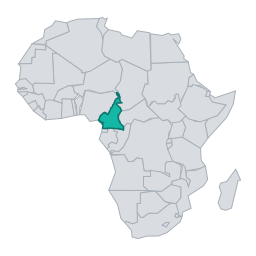 Cameroon on a map of Africa (Albers equal-area conic projection)
{"feature_id": "CMR", "entity_name": "Cameroon", "entity_type": "country or territory", "adm_level": 0, "iso_a3": "CMR", "parent_name": "Africa", "parent_adm1": "", "projection": "albers", "projection_center": [12.994, 7.377], "detail": "fine", "context": "in_parent", "style": "filled", "palette": "teal", "viewbox_px": 256, "rotation_deg": 0, "n_neighbors": 49, "source": "natural_earth", "source_scale": "50m", "svg_char_len": 13331}
<svg xmlns="http://www.w3.org/2000/svg" viewBox="0 0 256 256"><path d="M182.3,137.1L200.5,148.3L201.2,160.4L205.4,166.0L202.8,167.9L186.1,170.8L183.0,164.3L172.8,161.4L168.8,155.7L167.6,149.3L172.2,145.4L170.8,138.2L182.3,137.1Z" fill="#d9dde1" stroke="#a8b0b8" stroke-width="1"/><path d="M45.8,45.3L45.6,50.0L35.4,49.3L35.1,57.3L32.1,57.4L31.6,63.6L18.5,63.9L32.2,43.7L45.8,45.3Z" fill="#d9dde1" stroke="#a8b0b8" stroke-width="1"/><path d="M167.6,149.3L172.8,161.4L166.1,162.2L165.2,172.5L169.5,173.5L169.9,176.9L161.1,172.1L144.1,170.9L142.4,158.9L136.9,157.9L133.4,161.3L128.2,161.6L124.3,154.6L110.4,154.4L115.1,150.3L118.4,151.8L123.2,147.1L128.5,137.0L131.3,121.8L134.3,119.0L143.9,122.1L154.4,117.8L160.1,117.7L163.6,120.7L167.8,119.6L172.9,127.2L168.8,132.7L167.6,149.3Z" fill="#d9dde1" stroke="#a8b0b8" stroke-width="1"/><path d="M207.9,138.1L205.0,123.7L208.4,118.7L217.5,115.5L225.9,105.0L212.4,102.1L208.4,97.8L210.1,94.7L215.1,97.8L235.5,90.9L233.3,104.1L226.7,117.4L207.9,138.1Z" fill="#d9dde1" stroke="#a8b0b8" stroke-width="1"/><path d="M200.5,148.3L182.3,137.1L185.6,127.6L181.9,120.1L185.9,115.8L195.4,121.6L207.6,119.8L205.0,123.7L207.9,138.1L200.5,148.3Z" fill="#d9dde1" stroke="#a8b0b8" stroke-width="1"/><path d="M150.7,108.2L148.2,106.8L147.0,105.9L147.2,102.1L141.8,94.0L145.1,83.9L147.9,84.0L147.4,69.8L151.0,69.7L150.9,63.3L188.1,61.8L190.6,72.6L193.7,74.4L188.9,78.0L187.7,89.2L181.7,99.1L181.1,105.5L176.6,94.0L172.4,102.2L168.0,100.8L164.8,103.9L157.6,103.9L152.1,101.4L148.4,106.9L150.7,108.2Z" fill="#d9dde1" stroke="#a8b0b8" stroke-width="1"/><path d="M147.4,71.2L147.9,84.0L145.1,83.9L141.8,94.0L144.9,98.7L129.3,109.7L120.6,111.3L116.2,104.3L121.1,102.8L118.3,91.9L114.9,88.5L120.3,81.1L122.3,69.0L119.0,61.1L122.1,59.4L147.4,71.2Z" fill="#d9dde1" stroke="#a8b0b8" stroke-width="1"/><path d="M124.8,222.5L126.5,221.2L132.3,223.7L137.3,222.1L137.1,211.8L140.7,217.5L143.2,217.2L149.0,213.0L157.2,213.4L169.9,203.3L176.0,203.6L178.9,209.5L178.7,213.7L175.9,213.5L174.8,216.3L176.9,217.7L182.3,216.0L180.3,221.6L166.8,232.7L158.3,236.0L146.9,236.1L138.1,238.6L132.1,237.0L131.5,230.7L124.8,222.5ZM169.1,222.6L165.9,222.4L162.2,225.3L166.2,226.9L169.1,222.6Z" fill="#d9dde1" stroke="#a8b0b8" stroke-width="1"/><path d="M169.1,222.6L166.2,226.9L162.2,225.3L165.9,222.4L169.1,222.6Z" fill="#d9dde1" stroke="#a8b0b8" stroke-width="1"/><path d="M176.0,203.6L165.0,201.8L155.2,191.0L161.3,191.4L172.1,183.7L181.0,187.0L180.9,197.7L176.0,203.6Z" fill="#d9dde1" stroke="#a8b0b8" stroke-width="1"/><path d="M169.9,203.3L157.2,213.4L149.0,213.0L143.2,217.2L140.7,217.5L137.1,211.8L137.0,203.5L140.4,203.3L140.3,192.9L155.2,191.0L165.0,201.8L169.9,203.3Z" fill="#d9dde1" stroke="#a8b0b8" stroke-width="1"/><path d="M137.0,203.5L137.3,222.1L132.3,223.7L126.5,221.2L124.8,222.5L120.9,218.5L117.5,204.4L108.8,190.3L154.5,190.5L140.3,192.9L140.4,203.3L137.0,203.5Z" fill="#d9dde1" stroke="#a8b0b8" stroke-width="1"/><path d="M18.0,87.9L15.4,84.0L20.5,78.7L25.5,78.5L32.7,85.4L34.4,92.6L17.9,91.8L17.5,89.3L27.2,88.7L18.0,87.9Z" fill="#d9dde1" stroke="#a8b0b8" stroke-width="1"/><path d="M34.4,92.6L32.7,85.4L34.5,83.0L54.0,83.6L52.4,53.2L57.2,53.3L82.0,70.9L82.0,72.9L85.5,72.7L83.3,84.3L68.2,85.8L58.7,90.4L53.8,100.4L45.3,100.5L42.1,93.5L38.7,94.8L34.4,92.6Z" fill="#d9dde1" stroke="#a8b0b8" stroke-width="1"/><path d="M18.5,63.9L31.6,63.6L32.1,57.4L35.1,57.3L35.4,49.3L45.6,50.0L45.8,45.3L57.2,53.3L52.4,53.2L54.0,83.6L34.5,83.0L32.7,85.4L25.5,78.5L19.4,79.6L20.8,66.9L18.5,63.9Z" fill="#d9dde1" stroke="#a8b0b8" stroke-width="1"/><path d="M79.6,114.7L76.9,115.1L76.5,105.2L73.7,100.7L80.5,95.1L83.5,100.1L79.8,107.3L79.6,114.7Z" fill="#d9dde1" stroke="#a8b0b8" stroke-width="1"/><path d="M119.0,61.1L122.3,69.0L120.3,81.1L114.9,88.5L118.3,91.9L116.9,94.7L113.4,91.0L100.4,93.5L89.0,89.9L84.7,90.9L82.9,97.0L74.7,92.9L72.8,86.1L83.3,84.3L85.5,72.7L110.0,59.2L116.7,62.3L119.0,61.1Z" fill="#d9dde1" stroke="#a8b0b8" stroke-width="1"/><path d="M79.6,114.7L85.5,90.3L100.4,93.5L113.4,91.0L118.2,96.0L109.1,112.7L100.9,114.5L98.4,119.9L89.9,121.5L84.9,114.8L79.6,114.7Z" fill="#d9dde1" stroke="#a8b0b8" stroke-width="1"/><path d="M74.2,99.0L76.9,115.1L74.2,115.7L71.1,99.9L74.2,99.0Z" fill="#d9dde1" stroke="#a8b0b8" stroke-width="1"/><path d="M71.3,98.9L74.2,115.7L61.4,118.4L61.8,98.7L71.3,98.9Z" fill="#d9dde1" stroke="#a8b0b8" stroke-width="1"/><path d="M45.3,100.5L51.2,99.8L62.0,103.1L61.4,118.4L45.4,119.8L46.1,115.4L42.8,112.7L45.3,100.5Z" fill="#d9dde1" stroke="#a8b0b8" stroke-width="1"/><path d="M27.5,91.8L38.7,94.8L42.1,93.5L45.3,100.5L44.1,108.8L41.0,109.9L39.4,105.7L37.0,106.2L35.3,100.6L28.2,103.9L22.6,96.5L27.5,91.8Z" fill="#d9dde1" stroke="#a8b0b8" stroke-width="1"/><path d="M17.9,91.8L27.5,91.8L27.2,94.3L22.6,96.5L17.9,91.8Z" fill="#d9dde1" stroke="#a8b0b8" stroke-width="1"/><path d="M43.6,108.8L42.8,112.7L46.1,115.4L45.4,119.8L33.7,111.2L37.9,106.1L41.0,109.9L43.6,108.8Z" fill="#d9dde1" stroke="#a8b0b8" stroke-width="1"/><path d="M28.2,103.9L35.3,100.6L37.9,106.1L33.7,111.2L28.2,103.9Z" fill="#d9dde1" stroke="#a8b0b8" stroke-width="1"/><path d="M53.8,100.4L57.8,91.1L68.2,85.8L72.8,86.1L74.7,92.9L78.4,93.8L74.2,99.0L61.8,98.7L62.0,103.1L53.8,100.4Z" fill="#d9dde1" stroke="#a8b0b8" stroke-width="1"/><path d="M160.1,117.7L150.4,118.4L143.9,122.1L134.3,119.0L131.0,124.1L126.7,123.4L123.1,128.2L117.9,117.8L120.6,111.3L129.3,109.7L144.9,98.7L147.0,105.9L160.1,117.7Z" fill="#d9dde1" stroke="#a8b0b8" stroke-width="1"/><path d="M131.0,124.1L128.5,137.0L123.2,147.1L118.4,151.8L111.9,150.1L109.5,152.0L106.8,148.6L109.3,146.8L108.1,144.6L111.7,142.0L116.4,143.7L117.9,140.0L115.9,135.5L117.4,131.7L114.1,131.4L113.4,128.2L122.8,130.0L126.7,123.4L131.0,124.1Z" fill="#d9dde1" stroke="#a8b0b8" stroke-width="1"/><path d="M107.5,128.2L113.0,128.1L114.1,131.4L117.4,131.7L115.9,135.5L117.9,140.0L116.4,143.7L111.7,142.0L108.1,144.6L109.3,146.8L106.8,148.6L99.2,139.2L101.6,132.3L107.5,132.2L107.5,128.2Z" fill="#d9dde1" stroke="#a8b0b8" stroke-width="1"/><path d="M102.1,128.1L107.5,128.2L107.5,132.2L101.6,132.3L102.1,128.1Z" fill="#d9dde1" stroke="#a8b0b8" stroke-width="1"/><path d="M172.8,161.4L181.4,165.2L180.1,177.9L181.9,178.6L171.7,181.5L172.1,183.7L161.3,191.4L148.2,190.5L143.5,186.3L143.5,176.5L150.6,176.4L150.0,170.2L161.1,172.1L169.9,176.9L169.5,173.5L165.2,172.5L165.2,164.2L167.0,161.8L172.8,161.4Z" fill="#d9dde1" stroke="#a8b0b8" stroke-width="1"/><path d="M179.7,163.9L185.0,166.6L186.4,177.2L190.4,180.1L188.5,186.9L186.2,180.4L180.1,177.9L182.3,167.8L179.7,163.9Z" fill="#d9dde1" stroke="#a8b0b8" stroke-width="1"/><path d="M186.1,170.8L196.0,170.4L205.4,166.0L207.7,179.4L203.6,185.8L188.1,195.8L191.1,208.2L182.7,212.1L182.3,216.0L179.6,216.1L176.0,203.6L180.9,197.7L181.0,187.0L172.4,184.8L171.7,181.5L181.9,178.6L186.2,180.4L188.5,186.9L190.4,180.1L186.4,177.2L186.1,170.8Z" fill="#d9dde1" stroke="#a8b0b8" stroke-width="1"/><path d="M179.6,216.1L176.9,217.7L174.8,216.3L175.9,213.5L179.6,216.1Z" fill="#d9dde1" stroke="#a8b0b8" stroke-width="1"/><path d="M109.5,152.0L111.9,151.8L110.4,154.4L109.5,152.0ZM110.9,155.4L124.3,154.6L128.2,161.6L133.4,161.3L136.9,157.9L142.4,158.9L144.1,170.9L150.4,171.2L150.6,176.4L143.5,176.5L143.5,186.3L148.2,190.5L108.8,190.3L115.6,171.8L110.9,155.4Z" fill="#d9dde1" stroke="#a8b0b8" stroke-width="1"/><path d="M171.2,142.4L172.2,145.4L167.6,149.3L166.4,143.9L171.2,142.4Z" fill="#d9dde1" stroke="#a8b0b8" stroke-width="1"/><path d="M235.7,169.2L240.6,180.1L238.2,180.3L231.5,208.0L225.8,210.3L220.9,208.9L218.1,202.8L221.3,192.8L219.2,186.9L220.6,183.2L226.8,181.4L235.7,169.2Z" fill="#d9dde1" stroke="#a8b0b8" stroke-width="1"/><path d="M17.5,89.3L23.3,87.3L27.2,88.7L17.5,89.3Z" fill="#d9dde1" stroke="#a8b0b8" stroke-width="1"/><path d="M102.3,38.0L96.4,26.7L99.2,18.5L102.5,17.4L104.6,19.2L107.2,18.2L104.4,26.1L108.5,29.6L102.3,38.0Z" fill="#d9dde1" stroke="#a8b0b8" stroke-width="1"/><path d="M45.8,45.3L46.1,40.9L69.2,31.5L66.8,22.9L69.8,21.4L78.0,19.1L99.2,18.5L96.4,26.7L101.0,32.6L103.3,40.7L101.7,50.9L104.7,56.3L110.0,59.2L90.0,71.3L82.0,72.9L82.0,70.9L45.8,45.3Z" fill="#d9dde1" stroke="#a8b0b8" stroke-width="1"/><path d="M188.0,86.4L188.9,78.0L193.7,74.4L196.8,81.0L209.6,90.7L207.3,91.4L199.5,85.4L188.0,86.4Z" fill="#d9dde1" stroke="#a8b0b8" stroke-width="1"/><path d="M32.2,43.7L43.5,37.4L44.7,29.6L52.2,25.4L55.4,20.8L66.8,22.9L69.2,31.5L46.1,40.9L45.9,44.5L32.2,43.7Z" fill="#d9dde1" stroke="#a8b0b8" stroke-width="1"/><path d="M188.1,61.8L150.9,63.3L150.6,33.8L162.2,35.5L168.4,33.2L171.5,34.9L178.6,33.8L180.9,38.8L178.7,44.1L172.8,38.4L184.1,55.9L183.7,58.6L188.1,61.8Z" fill="#d9dde1" stroke="#a8b0b8" stroke-width="1"/><path d="M149.8,32.8L151.0,69.7L147.4,71.2L122.1,59.4L116.7,62.3L104.7,56.3L101.7,50.9L103.8,34.8L108.5,29.6L120.0,32.2L121.5,34.8L131.9,38.0L137.3,30.7L149.8,32.8Z" fill="#d9dde1" stroke="#a8b0b8" stroke-width="1"/><path d="M225.9,105.0L217.5,115.5L200.2,121.9L188.9,119.1L177.9,108.7L188.0,86.4L191.8,86.8L192.7,84.3L204.7,88.6L207.3,91.4L205.7,96.4L209.1,96.6L212.4,102.1L225.9,105.0Z" fill="#d9dde1" stroke="#a8b0b8" stroke-width="1"/><path d="M207.3,91.4L210.5,91.7L209.1,96.6L205.7,96.4L207.3,91.4Z" fill="#d9dde1" stroke="#a8b0b8" stroke-width="1"/><path d="M182.3,137.1L168.1,139.0L172.9,122.0L181.9,120.1L183.5,122.3L185.6,127.6L182.3,137.1Z" fill="#d9dde1" stroke="#a8b0b8" stroke-width="1"/><path d="M170.8,138.2L172.1,141.9L166.4,143.9L167.1,139.9L170.8,138.2Z" fill="#d9dde1" stroke="#a8b0b8" stroke-width="1"/><path d="M171.6,123.0L167.8,119.6L162.1,120.4L148.4,106.9L154.4,100.9L157.6,103.9L164.8,103.9L168.0,100.8L172.4,102.2L175.6,97.9L174.5,95.0L178.1,94.2L181.1,105.5L177.9,108.7L185.9,115.8L179.9,121.7L171.6,123.0Z" fill="#d9dde1" stroke="#a8b0b8" stroke-width="1"/><path d="M98.6,120.0L98.7,119.7L98.9,119.4L99.2,119.0L99.4,118.5L99.6,117.7L99.8,117.1L99.9,116.6L100.1,116.2L100.3,115.9L100.9,115.3L101.3,114.9L101.6,114.7L102.0,114.4L102.3,114.2L102.5,113.8L102.7,113.4L102.8,113.4L103.0,113.3L103.5,112.9L103.9,112.7L103.9,112.8L104.0,112.9L104.1,113.0L104.3,113.1L104.7,113.1L105.0,113.0L105.1,112.9L105.2,112.5L105.3,112.5L105.8,112.7L106.1,113.1L106.5,113.4L106.7,113.5L106.9,114.3L107.0,114.5L107.4,114.5L107.7,114.4L107.9,114.2L108.2,114.0L108.4,113.8L108.4,113.7L108.5,113.2L108.8,112.8L109.2,112.5L109.4,112.3L109.4,112.2L109.1,111.8L109.3,111.5L109.4,111.4L110.0,110.7L110.0,110.3L110.4,109.6L110.7,108.6L110.9,108.0L111.2,107.4L111.8,107.3L112.0,107.2L112.3,106.9L112.4,106.7L112.5,106.5L112.6,106.0L112.7,105.5L112.7,105.1L112.9,104.7L113.2,104.5L113.7,104.3L113.8,104.2L113.9,103.4L113.9,103.1L114.0,102.9L114.0,102.7L114.5,102.2L114.7,101.6L114.9,100.8L115.4,99.9L116.0,99.1L116.3,98.8L116.6,98.7L116.8,98.7L117.0,98.6L117.7,98.2L118.0,98.1L118.2,97.9L118.2,97.6L118.2,97.1L118.3,96.8L118.3,96.3L118.4,95.9L118.4,95.7L118.2,95.5L118.0,95.3L117.7,95.1L117.2,95.1L117.0,94.8L116.9,94.7L116.9,94.2L116.6,92.7L117.1,92.7L117.8,92.9L118.0,93.0L118.1,93.5L118.4,93.8L118.8,94.1L119.1,94.6L119.2,95.3L119.4,95.8L119.5,95.9L119.8,96.5L119.9,97.1L119.8,97.4L120.0,97.7L119.8,98.3L119.7,98.6L119.7,99.1L119.8,100.0L120.0,100.7L120.2,101.2L120.5,101.6L120.9,102.1L121.3,102.5L121.7,102.8L121.4,102.9L120.6,102.9L120.2,102.9L119.8,102.9L119.1,103.0L118.3,103.0L117.6,102.9L117.2,102.9L116.8,103.1L116.6,103.5L116.3,103.8L116.4,104.2L116.6,104.3L117.0,104.8L117.3,105.2L117.5,105.4L118.1,106.0L118.8,106.5L119.1,106.7L119.2,106.8L119.5,107.0L120.0,107.5L120.4,108.3L120.8,109.1L121.1,109.9L121.2,110.0L121.4,110.1L121.5,110.2L121.4,110.5L121.2,110.9L120.9,111.5L120.4,111.8L120.3,112.0L120.2,112.5L119.9,113.0L119.8,113.4L119.6,113.5L119.2,114.1L118.9,114.8L118.8,115.0L118.7,115.1L118.2,115.3L118.0,115.5L117.8,115.7L117.8,115.8L117.9,116.1L118.0,116.2L118.3,116.2L118.4,116.3L118.4,117.6L118.3,117.8L118.3,118.1L118.2,118.3L118.3,118.4L118.4,118.5L118.5,118.7L118.6,119.0L118.7,120.4L118.8,120.6L119.3,121.0L119.8,121.4L119.9,121.6L120.0,122.0L120.1,122.3L120.1,122.5L119.9,122.5L120.1,123.1L120.5,123.5L120.9,124.0L121.2,124.3L121.6,124.7L121.9,125.1L122.3,125.4L122.5,125.5L122.8,125.6L123.0,125.9L123.2,126.1L123.3,126.3L123.2,126.5L123.3,126.9L123.3,127.0L123.4,127.5L123.5,127.9L123.6,128.2L123.6,128.4L123.4,128.5L123.2,129.0L123.3,129.3L123.5,129.7L123.5,130.0L123.4,130.0L123.2,130.1L122.9,129.9L122.6,129.7L122.2,129.4L121.7,129.2L121.1,129.2L120.8,129.3L120.7,129.2L120.4,129.0L120.1,129.1L119.9,129.1L119.7,129.1L119.4,129.1L119.4,128.9L118.9,128.9L118.8,128.7L118.6,128.7L118.3,128.4L118.0,128.6L117.4,128.6L116.5,128.6L115.7,128.6L114.9,128.6L114.1,128.6L114.0,128.4L113.9,128.3L113.6,128.3L112.7,128.3L112.0,128.3L111.8,128.2L111.6,128.2L111.0,128.1L110.4,128.2L110.2,128.2L109.7,128.2L108.4,128.1L107.7,128.1L107.7,128.3L107.7,128.6L106.9,128.5L105.9,128.5L104.9,128.5L104.3,128.5L103.2,128.5L102.9,128.4L102.7,128.3L102.7,128.2L102.7,127.3L102.9,126.7L102.9,126.1L103.1,125.5L103.0,125.0L102.9,124.8L102.2,124.0L102.5,123.7L102.1,123.8L102.1,123.5L101.9,123.2L102.0,123.1L102.1,122.9L102.5,123.0L102.5,122.9L102.1,122.6L102.3,122.3L102.2,122.3L101.9,122.4L101.7,122.3L101.7,122.5L101.4,122.8L101.2,122.7L100.9,122.5L100.4,122.4L100.1,122.2L100.0,121.7L99.8,121.5L99.8,121.3L99.7,121.1L99.8,120.7L99.7,120.6L99.4,120.6L99.1,120.4L99.1,120.7L98.9,120.8L98.7,120.7L98.7,120.0L98.6,120.0Z" fill="#14b8a6" stroke="#0f766e" stroke-width="1.5"/></svg>